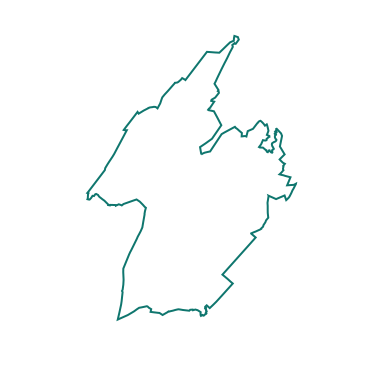 the district of Viesatu pag., Jaunpils, Latvia, rotated 314°
{"feature_id": "27541924B50646046706216", "entity_name": "Viesatu pag.", "entity_type": "district", "adm_level": 2, "iso_a3": "LVA", "parent_name": "Latvia", "parent_adm1": "Jaunpils", "projection": "equal_earth", "projection_center": [22.874, 56.816], "detail": "fine", "context": "isolated", "style": "outline", "palette": "teal", "viewbox_px": 384, "rotation_deg": 314, "n_neighbors": 0, "source": "geoboundaries", "source_scale": "gbopen_adm2", "svg_char_len": 5687}
<svg xmlns="http://www.w3.org/2000/svg" viewBox="0 0 384 384"><g transform="rotate(314 192 192)"><path d="M118.6,117.4L119.1,118.4L118.0,118.9L115.1,121.4L114.2,121.8L115.1,123.3L115.5,123.6L115.8,123.6L117.5,123.6L120.2,123.1L120.3,123.2L121.0,124.3L123.2,124.0L124.0,124.4L124.6,126.5L124.2,128.1L124.2,129.1L124.5,131.9L124.5,132.2L124.9,135.0L124.8,140.6L124.4,140.8L125.4,142.3L125.9,142.1L129.9,146.5L129.5,146.8L132.3,147.9L133.5,150.4L133.6,150.8L135.8,151.1L138.2,152.3L144.6,155.5L148.1,157.3L148.8,161.1L148.7,165.6L148.5,167.9L148.5,169.0L148.6,169.8L145.5,171.5L143.2,173.1L142.9,173.5L136.8,177.6L132.0,180.9L128.2,182.3L124.8,183.3L122.2,184.0L120.1,184.8L113.9,186.8L109.2,188.3L106.6,189.1L106.4,189.1L103.5,190.1L89.2,195.8L86.6,198.2L81.3,203.8L77.6,207.0L73.5,210.0L72.2,210.4L71.8,211.6L64.6,217.2L61.8,219.2L55.2,223.3L48.7,227.2L58.9,231.3L65.8,233.2L69.3,233.8L72.0,234.4L74.2,236.0L78.5,238.9L78.8,239.7L78.8,241.5L79.4,244.0L77.0,245.5L78.4,247.4L79.3,248.6L81.2,251.1L81.8,251.9L82.4,252.6L83.1,256.3L87.3,257.5L87.8,257.7L89.1,257.9L89.7,258.1L89.6,258.3L91.6,259.5L93.4,260.7L95.5,261.9L96.9,262.8L97.5,263.2L97.8,263.4L98.1,263.6L98.8,264.5L99.1,264.9L100.8,267.4L104.7,272.5L106.0,272.5L107.9,274.2L107.6,274.8L109.8,276.1L110.9,278.2L111.2,279.6L111.6,281.7L110.2,282.8L109.2,284.1L109.1,284.5L109.5,284.6L109.8,284.7L110.2,284.7L110.3,284.7L110.7,284.7L110.8,284.8L110.9,285.0L111.1,285.6L111.1,285.9L111.0,286.1L111.3,286.3L111.5,286.4L111.9,286.5L112.2,286.4L112.7,286.4L113.0,286.4L113.4,286.4L114.1,286.8L114.3,286.8L114.9,286.6L115.0,286.2L115.1,285.9L115.0,285.7L115.5,285.5L116.2,285.4L116.1,285.2L116.2,284.9L116.3,284.7L116.5,284.6L116.7,284.3L116.8,284.1L117.1,283.9L117.3,283.8L117.4,283.7L117.5,283.3L117.5,283.1L117.3,282.8L117.3,282.7L117.5,282.6L117.8,282.6L118.3,282.6L118.5,282.5L118.5,282.4L118.3,282.2L118.2,282.1L117.9,282.0L117.8,281.9L118.1,281.7L118.3,281.6L118.4,281.4L118.6,281.2L120.7,281.3L120.8,285.4L125.5,285.6L129.9,285.7L140.2,285.4L154.5,284.9L154.3,282.0L154.2,278.2L153.7,271.3L177.9,270.4L191.5,269.9L203.5,269.4L203.2,263.4L203.3,263.3L206.9,264.8L207.4,265.1L210.7,266.4L211.9,266.9L213.5,267.4L213.7,267.1L216.4,267.2L217.9,266.4L221.2,265.8L223.0,265.0L226.5,264.7L229.5,261.1L231.5,259.1L234.6,256.1L236.6,253.9L237.0,253.6L242.4,249.8L242.5,249.6L243.2,251.6L243.8,253.2L245.3,257.4L253.8,261.0L251.6,265.4L252.9,265.5L255.3,265.5L255.9,265.4L256.5,265.3L259.8,264.3L260.7,264.0L262.8,263.2L263.5,263.0L264.5,262.8L265.6,262.5L267.2,262.0L269.5,261.3L269.9,261.2L270.2,261.0L267.9,260.3L262.9,255.8L271.0,252.6L268.4,248.0L267.5,246.1L266.6,244.7L265.5,242.7L267.5,242.8L268.5,242.8L271.2,242.6L271.2,242.2L272.3,241.0L273.8,240.2L274.0,239.5L276.8,239.2L276.2,237.1L276.2,234.0L276.3,232.4L278.1,232.4L283.4,232.5L285.8,223.6L294.9,217.8L296.0,215.4L296.3,209.0L295.8,208.8L295.5,209.2L294.9,209.6L294.6,209.8L294.2,209.8L293.7,209.8L293.0,209.9L293.0,210.2L293.2,210.3L294.0,210.8L293.9,211.3L293.6,211.4L292.9,211.4L291.8,211.1L291.3,211.1L291.2,211.6L291.7,212.2L291.7,212.5L291.2,212.7L290.6,212.5L289.9,212.7L288.9,213.7L288.3,215.1L288.3,216.3L287.9,216.7L287.2,216.9L286.8,216.9L286.1,216.8L284.7,216.2L283.8,216.0L283.1,215.8L282.4,215.9L282.1,216.1L281.6,216.5L280.8,217.8L280.5,218.8L280.5,219.3L280.2,219.7L280.0,220.7L279.5,221.0L278.7,220.8L278.0,220.6L277.7,220.6L277.2,221.0L276.8,221.4L276.5,222.2L276.2,222.3L275.9,222.3L275.5,221.4L275.5,219.5L275.8,218.8L275.5,218.5L274.1,218.6L273.3,218.9L273.2,218.8L273.1,218.5L273.0,218.1L273.0,217.9L273.2,217.3L273.3,217.0L273.4,216.7L273.6,216.5L273.7,216.4L273.5,215.9L273.4,215.8L273.4,215.0L273.2,212.2L272.5,211.4L271.6,210.4L271.2,210.0L270.9,209.0L274.3,208.6L278.6,207.0L279.8,208.9L281.0,209.6L282.0,209.0L282.1,208.8L285.3,209.1L285.5,209.3L286.0,208.8L285.1,206.2L287.3,205.3L289.1,204.5L289.5,203.9L290.2,202.9L290.6,202.3L292.2,199.7L292.6,198.8L290.4,198.4L290.8,196.2L290.9,194.6L290.9,193.5L290.9,192.9L290.9,192.6L290.8,192.1L290.7,191.7L289.1,191.1L288.9,191.1L287.9,191.2L287.7,191.3L287.5,191.2L286.8,191.2L281.7,191.8L279.8,192.0L274.5,189.8L269.7,192.6L269.2,191.4L268.0,190.3L267.6,190.1L266.5,189.1L269.1,186.9L269.0,184.6L268.9,184.5L268.8,180.7L268.5,179.0L268.6,178.9L268.7,177.6L257.4,174.0L254.2,173.1L241.2,175.5L234.1,176.8L233.8,176.9L231.6,175.4L229.4,174.0L229.1,173.8L227.2,173.0L226.8,172.9L225.4,172.6L225.5,172.6L229.9,166.6L236.5,168.0L244.2,169.4L260.4,166.7L263.1,158.6L264.6,153.9L265.3,151.7L263.5,148.8L262.4,147.1L262.3,146.5L263.6,146.3L263.8,146.3L265.3,146.6L265.5,146.4L267.4,146.1L272.4,145.2L270.9,142.5L272.0,142.0L276.0,143.1L282.0,142.5L282.7,141.5L282.5,140.5L283.7,140.3L285.5,133.0L287.8,132.3L291.5,131.0L291.8,130.9L294.2,130.1L300.6,128.0L307.6,125.8L309.7,125.2L312.7,124.3L316.3,123.1L319.0,122.2L321.2,121.6L324.3,120.7L324.8,120.5L325.7,118.9L328.6,119.2L328.5,120.0L329.0,120.5L334.1,119.8L335.3,117.4L333.7,114.1L332.0,115.2L331.1,115.9L329.8,117.0L328.5,116.4L326.0,115.4L324.9,115.4L322.9,115.3L316.3,115.1L311.2,114.9L308.6,111.9L303.2,105.4L268.0,109.5L268.0,109.4L267.5,107.2L267.1,105.8L265.1,106.0L261.6,105.7L260.4,105.3L258.7,103.9L258.6,104.0L253.8,104.2L247.9,104.5L243.0,104.6L239.4,104.9L237.6,105.7L233.6,107.6L228.2,109.1L228.1,107.8L227.9,106.8L227.2,105.9L226.9,105.5L226.5,105.2L225.6,104.6L224.5,103.7L223.6,103.0L223.3,102.8L222.0,102.4L221.8,102.3L221.8,102.2L221.5,102.2L217.1,100.7L211.3,99.2L211.8,97.2L203.3,98.2L198.8,98.7L194.1,99.2L189.2,99.8L189.3,100.0L189.9,100.9L191.1,102.2L173.6,107.2L172.5,107.5L165.3,109.6L162.2,110.3L155.6,111.5L152.7,112.1L148.9,113.0L147.2,114.1L120.7,117.2L118.6,117.4Z" fill="none" stroke="#0f766e" stroke-width="2"/></g></svg>